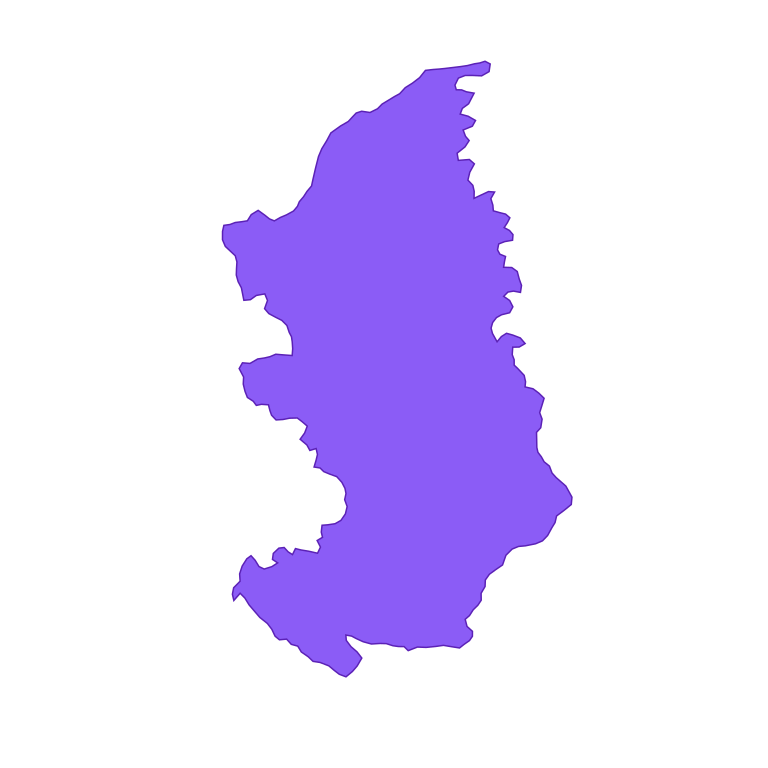 Casimiro de Abreu, Rio de Janeiro, Brazil, rotated 247°
{"feature_id": "56859067B53466809701697", "entity_name": "Casimiro de Abreu", "entity_type": "district", "adm_level": 2, "iso_a3": "BRA", "parent_name": "Brazil", "parent_adm1": "Rio de Janeiro", "projection": "albers", "projection_center": [-42.139, -22.475], "detail": "fine", "context": "isolated", "style": "filled", "palette": "violet", "viewbox_px": 768, "rotation_deg": 247, "n_neighbors": 0, "source": "geoboundaries", "source_scale": "gbopen_adm2", "svg_char_len": 3999}
<svg xmlns="http://www.w3.org/2000/svg" viewBox="0 0 768 768"><g transform="rotate(247 384 384)"><path d="M315.2,522.9L321.4,519.3L326.2,512.7L330.8,515.2L337.2,516.4L345.9,513.2L350.5,511.2L355.5,513.3L360.9,513.5L367.6,516.9L365.2,522.9L366.1,529.7L373.1,527.5L378.7,521.7L382.8,516.6L381.8,510.6L378.7,504.6L388.1,503.6L393.6,504.4L398.1,508.0L401.2,513.5L401.8,519.3L400.5,527.5L404.7,532.8L411.8,532.3L417.9,528.4L420.2,534.0L418.9,539.5L415.0,545.4L421.0,549.1L427.8,549.5L435.5,550.6L441.3,547.1L444.7,539.7L449.4,542.6L453.9,545.7L458.2,541.4L463.1,540.9L468.1,544.3L467.9,550.8L466.1,558.5L471.1,561.1L476.3,559.5L481.0,555.7L484.2,560.5L487.8,564.8L492.9,562.3L496.6,557.4L500.7,552.3L506.1,554.1L512.9,554.8L517.5,560.8L520.3,555.4L520.0,546.6L519.7,539.4L526.1,542.3L532.1,543.4L538.9,540.9L545.4,545.7L551.3,553.2L557.3,550.3L560.8,539.8L567.9,541.5L570.6,551.2L574.8,557.5L580.2,555.8L586.9,556.1L586.8,566.1L590.8,571.2L597.6,566.1L602.7,559.6L607.1,563.8L608.9,571.4L616.5,580.6L620.8,574.0L624.4,570.4L626.6,565.5L631.4,566.1L636.5,572.0L636.3,579.2L633.7,585.5L629.5,594.3L630.5,602.8L637.1,606.8L641.6,603.1L642.1,597.5L643.4,592.4L644.5,585.3L646.2,578.7L648.6,570.4L650.6,563.5L652.3,558.0L654.3,552.1L656.5,544.7L652.1,536.5L649.8,527.6L648.5,519.4L645.1,511.9L644.5,505.9L643.4,498.5L642.4,491.6L639.9,485.6L639.4,477.2L643.8,470.0L644.3,464.3L642.0,459.0L639.6,453.7L638.5,444.9L635.9,433.2L630.4,426.4L624.9,418.7L619.0,412.6L609.4,405.3L605.4,402.4L599.9,398.4L594.6,394.7L591.4,388.4L587.8,383.1L584.9,377.3L581.4,373.8L578.6,368.3L577.8,360.3L577.8,353.7L577.0,346.8L580.7,343.1L585.9,340.3L593.0,336.0L591.8,328.0L587.6,322.0L589.1,316.0L590.8,310.1L591.0,304.6L592.6,298.6L587.6,295.0L579.9,291.7L572.6,291.7L564.7,295.2L560.2,297.2L553.8,296.3L547.8,293.3L542.0,290.6L535.1,289.7L528.3,290.3L515.8,287.7L513.8,294.0L515.4,301.1L513.5,309.5L506.4,309.4L500.0,303.5L493.8,305.5L487.7,310.4L482.5,314.8L475.8,317.5L468.5,316.9L463.7,317.3L458.7,316.0L452.1,313.7L446.1,310.6L450.2,302.6L453.7,296.0L453.7,289.7L454.7,284.0L456.4,277.5L455.3,268.7L458.8,262.0L454.8,256.7L445.3,257.5L438.9,254.4L431.5,253.2L425.0,253.0L419.2,256.9L414.2,258.1L413.2,263.2L410.0,269.5L404.1,268.6L399.2,268.3L393.1,270.6L390.8,277.1L389.4,283.8L386.6,290.9L381.5,293.8L375.2,296.9L369.9,291.8L365.9,285.2L358.0,289.2L351.8,289.8L351.1,296.3L345.1,295.2L340.5,291.8L334.9,287.2L331.7,292.3L326.9,294.3L322.0,299.1L317.2,304.3L309.9,306.8L303.2,307.3L298.0,306.2L292.9,302.6L285.6,302.2L279.5,297.7L275.3,291.1L274.5,284.4L276.4,277.1L278.2,271.8L272.2,268.4L266.9,267.5L266.1,261.3L258.7,261.8L254.2,256.7L259.4,249.5L263.7,242.7L267.1,238.2L262.7,233.1L266.9,230.2L272.5,228.2L274.0,223.1L271.3,215.9L266.1,212.8L260.9,216.2L259.7,209.4L260.5,201.4L264.8,197.6L272.1,196.5L277.9,194.5L276.7,189.4L271.8,182.3L265.6,176.9L258.7,174.5L255.2,166.0L249.7,162.3L243.4,161.2L247.6,169.8L241.3,172.3L233.4,173.5L223.9,176.5L217.6,178.5L209.1,183.1L202.0,184.9L194.4,185.2L189.4,187.8L187.2,194.7L180.6,196.9L176.4,202.2L169.6,203.2L162.5,207.7L156.4,210.3L152.7,216.3L146.1,223.1L139.8,226.3L134.3,229.4L129.3,234.6L131.7,242.6L134.9,249.1L140.4,256.5L148.0,254.5L155.1,251.0L162.7,249.1L167.8,250.8L164.6,255.7L160.5,259.0L154.9,264.1L149.6,270.8L146.7,279.0L144.1,284.7L139.6,289.9L136.7,294.7L134.4,299.9L129.1,302.1L128.8,312.0L125.1,319.8L122.2,329.1L120.2,336.6L116.0,343.2L111.5,350.4L113.0,355.8L114.4,362.4L117.2,366.8L121.8,368.8L128.4,365.7L135.7,366.8L137.4,372.2L141.3,377.9L143.7,384.0L147.0,389.0L153.4,391.6L158.1,397.9L164.0,400.7L167.7,406.7L169.5,414.4L171.1,422.4L178.7,429.3L182.0,437.5L181.9,444.4L179.8,450.9L177.7,461.1L177.7,468.6L180.6,475.4L186.2,482.5L189.6,487.3L195.1,491.3L197.2,499.9L199.9,509.3L206.4,512.8L219.0,511.5L230.6,505.9L236.4,503.9L243.8,504.2L249.8,501.0L255.5,500.4L261.0,499.0L265.9,499.9L273.6,503.0L279.9,505.5L282.5,511.2L289.9,515.8L296.8,516.1L302.2,520.7L308.3,525.8L315.2,522.9Z" fill="#8b5cf6" stroke="#5b21b6" stroke-width="1.5"/></g></svg>